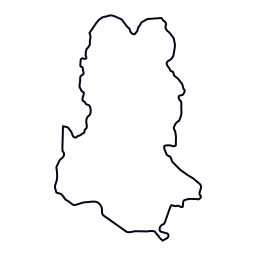 the Province of Sukhothai
{"feature_id": "THA-397", "entity_name": "Sukhothai", "entity_type": "Province", "adm_level": 1, "iso_a3": "THA", "parent_name": "Thailand", "parent_adm1": "", "projection": "natural_earth1", "projection_center": [99.709, 17.253], "detail": "fine", "context": "isolated", "style": "outline", "palette": "ink", "viewbox_px": 256, "rotation_deg": 0, "n_neighbors": 0, "source": "natural_earth", "source_scale": "10m", "svg_char_len": 4630}
<svg xmlns="http://www.w3.org/2000/svg" viewBox="0 0 256 256"><path d="M173.4,146.3L172.1,146.0L171.5,145.7L170.8,145.5L170.1,145.4L167.9,145.3L165.1,145.6L164.5,145.9L164.2,146.6L164.1,147.5L164.8,150.1L166.4,154.0L166.7,154.5L167.1,155.0L167.5,155.4L168.7,156.0L169.3,156.2L170.3,156.9L170.9,158.0L172.1,161.2L172.4,161.8L172.8,162.3L180.5,170.0L187.5,175.0L193.2,178.4L199.9,184.1L200.3,184.5L200.6,185.0L201.0,186.4L201.1,187.1L200.6,189.3L199.7,191.9L199.5,193.4L199.6,194.4L200.3,195.4L200.7,195.9L200.9,196.6L200.7,197.4L200.3,198.2L198.8,199.2L198.0,199.3L197.2,199.2L195.8,199.0L189.7,198.9L186.9,199.4L184.3,200.2L183.8,200.7L183.3,201.6L183.0,203.6L182.9,205.8L182.8,206.5L182.4,207.0L181.5,207.0L180.9,206.9L180.2,206.6L178.7,205.9L178.4,205.8L177.8,205.7L175.9,206.1L175.1,206.1L171.9,205.3L171.2,205.3L170.2,207.2L165.0,222.0L164.0,223.9L162.2,224.7L161.3,225.4L160.5,226.3L160.1,227.0L159.8,227.9L159.6,229.4L159.8,230.5L160.5,231.5L161.3,231.8L167.3,233.5L167.8,233.9L168.2,234.4L168.4,235.1L168.5,235.9L168.0,237.1L167.4,238.0L162.5,240.6L159.6,237.7L158.2,235.6L156.9,234.3L155.0,231.8L154.4,231.4L153.4,231.1L150.4,231.0L147.3,231.4L135.2,231.2L129.8,232.2L129.0,232.2L127.6,232.1L126.7,231.9L103.4,215.4L102.9,214.9L102.6,214.4L102.1,213.1L102.0,212.3L102.0,209.8L101.8,208.2L101.6,207.5L101.1,206.2L100.8,205.7L99.7,204.2L98.9,203.3L97.8,202.6L97.0,202.1L95.1,201.7L93.0,201.6L83.7,202.4L74.8,205.1L72.7,204.6L67.8,200.8L66.6,200.3L65.6,199.6L64.8,198.7L63.2,196.3L61.8,194.7L61.4,194.3L60.9,194.0L60.3,193.7L56.9,192.8L56.4,192.5L56.1,191.7L55.4,189.0L55.1,188.1L54.9,186.9L55.0,185.8L56.6,180.8L56.9,179.5L57.2,175.7L56.8,170.3L56.5,168.6L56.4,167.7L56.6,166.6L59.7,160.1L60.1,159.7L62.4,157.7L63.3,156.7L63.6,156.1L63.9,155.4L64.0,154.2L64.0,153.3L63.4,152.1L62.9,151.5L62.5,150.9L62.4,148.1L63.0,126.4L66.9,127.0L67.5,127.3L68.2,127.8L70.8,131.2L71.5,132.3L72.4,134.8L73.1,136.3L74.0,137.1L75.5,137.6L76.3,137.4L76.8,137.0L77.1,136.5L77.6,136.1L78.1,135.9L79.5,135.6L80.7,135.0L81.5,134.2L82.0,133.8L83.8,133.1L84.2,132.7L84.4,132.1L84.6,130.5L84.8,129.9L85.1,129.4L85.6,129.0L86.1,128.5L86.6,127.7L86.8,126.9L86.8,126.0L86.3,122.1L86.3,120.4L86.6,119.0L86.8,118.3L87.1,117.7L87.8,116.6L88.7,115.8L89.2,115.4L89.7,114.9L90.1,114.1L90.5,112.9L90.7,111.0L90.7,109.9L90.1,107.1L89.9,106.4L89.6,105.9L89.1,105.5L88.6,105.1L86.8,104.5L86.2,104.1L85.8,103.7L84.8,102.1L84.4,101.7L83.3,101.1L82.8,100.7L82.5,100.1L82.5,99.1L82.6,97.7L83.6,95.0L83.8,93.5L83.8,92.5L83.3,92.1L82.2,91.5L81.8,91.1L81.4,90.7L80.3,88.3L79.9,87.8L79.6,87.0L79.5,86.0L80.1,81.0L80.2,77.6L80.4,76.8L80.7,76.1L81.1,75.8L82.4,74.9L83.3,74.1L83.6,73.3L83.6,72.5L83.0,70.5L82.9,69.8L82.8,68.2L82.5,67.6L82.1,67.1L80.9,66.6L80.5,66.2L80.3,65.6L80.6,61.0L80.7,60.0L81.0,59.2L81.4,58.7L81.9,58.4L82.5,58.4L83.2,58.4L83.8,58.7L84.5,58.9L85.2,58.9L86.0,58.5L86.3,57.9L86.3,57.2L85.8,55.9L85.7,54.8L85.7,53.5L86.0,51.0L86.3,49.8L86.8,48.9L87.8,47.8L88.5,46.9L89.6,45.1L89.9,44.0L89.9,43.1L89.8,42.1L89.9,40.8L90.5,37.2L90.5,36.1L89.5,32.9L96.5,22.7L98.9,19.8L102.4,17.4L103.1,17.1L103.7,16.9L104.4,16.8L105.1,16.7L106.7,16.4L109.2,15.6L110.1,15.4L111.0,15.4L112.4,15.6L114.4,16.2L121.4,19.3L121.9,19.7L122.3,20.1L123.3,21.7L127.5,27.0L128.9,28.2L129.3,28.6L129.6,29.2L130.0,30.6L130.3,31.2L130.5,31.8L130.9,32.4L131.4,33.0L132.0,33.5L133.3,34.2L134.0,34.3L134.7,34.1L135.1,33.7L137.1,31.2L137.4,30.7L138.1,27.8L138.4,27.2L140.3,24.7L141.1,22.9L141.6,22.4L142.2,21.9L144.2,20.9L146.4,19.5L147.3,19.2L148.1,19.0L161.1,18.0L162.2,18.9L163.2,20.5L163.7,20.9L164.2,21.2L164.8,21.5L165.2,22.0L165.5,22.5L165.8,23.1L166.0,23.8L166.1,24.6L165.6,26.0L165.4,27.1L165.6,28.2L166.3,29.5L166.8,30.3L167.4,30.9L169.6,32.8L173.4,37.7L173.7,38.5L174.8,43.6L174.9,44.8L174.9,46.7L173.5,55.2L173.1,56.2L172.8,56.9L171.7,58.4L171.3,58.9L170.9,59.3L168.3,60.9L167.4,61.7L167.0,62.2L166.7,62.8L166.7,63.7L166.9,64.7L167.6,66.1L169.4,68.4L170.1,70.2L170.5,70.7L171.0,71.1L171.6,71.3L172.3,71.4L172.7,71.7L173.2,72.3L173.5,73.3L173.9,74.9L174.3,75.7L174.9,76.3L176.0,77.0L178.3,79.0L182.0,83.9L182.3,84.4L182.8,86.1L183.1,87.5L183.4,88.4L183.8,89.1L184.5,90.1L184.6,90.9L184.5,92.0L183.5,93.8L182.8,94.7L182.0,95.2L180.6,95.3L179.9,95.6L179.4,95.8L179.0,96.2L178.7,96.5L178.7,97.1L178.7,97.9L179.2,99.3L179.7,100.1L180.1,100.6L180.6,101.0L181.0,101.5L181.3,102.7L181.3,109.7L181.5,111.8L181.4,113.3L181.1,115.4L180.0,118.7L179.4,120.1L178.8,121.0L177.1,122.0L176.7,122.4L175.5,123.9L174.9,125.0L173.8,127.5L173.8,128.2L173.9,129.0L174.7,130.3L175.2,131.7L176.0,136.5L175.8,145.4L174.7,146.1L174.1,146.2L173.4,146.3Z" fill="none" stroke="#020617" stroke-width="2"/></svg>